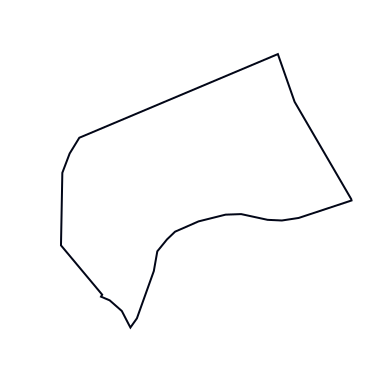 the border of Penal-Debe, rotated 245°
{"feature_id": "TTO-59", "entity_name": "Penal-Debe", "entity_type": "Region", "adm_level": 1, "iso_a3": "TTO", "parent_name": "Trinidad and Tobago", "parent_adm1": "", "projection": "robinson", "projection_center": [-61.471, 10.164], "detail": "fine", "context": "isolated", "style": "outline", "palette": "ink", "viewbox_px": 384, "rotation_deg": 245, "n_neighbors": 0, "source": "natural_earth", "source_scale": "10m", "svg_char_len": 464}
<svg xmlns="http://www.w3.org/2000/svg" viewBox="0 0 384 384"><g transform="rotate(245 192 192)"><path d="M95.2,78.9L99.1,78.7L113.8,78.1L128.6,71.6L135.6,65.3L136.9,67.2L199.0,50.7L264.2,82.6L278.6,97.4L288.8,112.8L280.7,328.1L230.4,323.1L118.3,333.3L116.9,333.0L123.4,277.7L128.2,261.4L134.8,248.8L151.2,227.2L157.3,212.8L162.6,185.5L163.2,159.9L159.6,149.3L152.9,135.5L136.5,124.0L100.8,88.7L95.2,78.9Z" fill="none" stroke="#020617" stroke-width="2"/></g></svg>